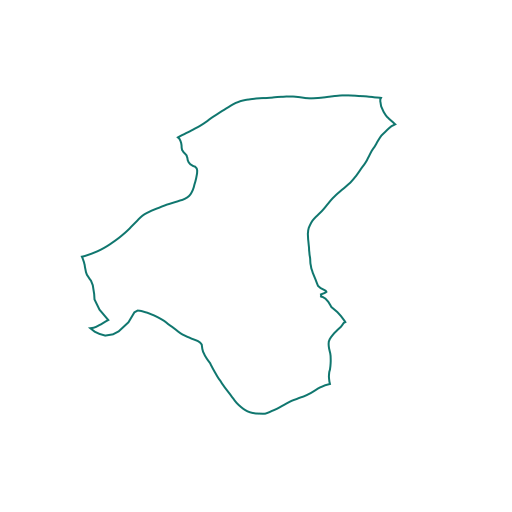 the district of Ghayl bin Yamin, Hadramawt, Yemen, rotated 156°
{"feature_id": "15242507B14142255130537", "entity_name": "Ghayl bin Yamin", "entity_type": "district", "adm_level": 2, "iso_a3": "YEM", "parent_name": "Yemen", "parent_adm1": "Hadramawt", "projection": "mercator", "projection_center": [49.287, 15.382], "detail": "fine", "context": "isolated", "style": "outline", "palette": "teal", "viewbox_px": 512, "rotation_deg": 156, "n_neighbors": 0, "source": "geoboundaries", "source_scale": "gbopen_adm2", "svg_char_len": 6066}
<svg xmlns="http://www.w3.org/2000/svg" viewBox="0 0 512 512"><g transform="rotate(156 256 256)"><path d="M415.3,326.2L415.3,324.9L415.5,322.4L415.7,320.1L416.0,318.7L416.1,317.8L416.8,315.3L417.3,313.0L417.5,312.1L417.9,310.4L418.1,307.6L417.7,305.3L417.3,302.7L416.8,300.6L416.8,300.4L417.0,295.7L419.3,287.1L421.2,282.0L420.8,270.6L417.0,257.6L419.6,257.4L422.6,257.0L425.5,256.6L427.3,256.6L428.1,256.5L431.0,256.3L433.5,256.5L435.7,257.1L436.7,257.4L434.1,252.4L430.7,248.5L426.1,244.6L418.5,242.6L412.1,243.0L399.5,247.3L390.0,254.0L386.3,254.3L384.2,253.1L383.3,252.5L382.3,251.7L380.0,249.7L378.5,248.5L377.1,247.1L376.9,246.9L375.3,245.2L373.6,243.5L373.0,242.8L371.9,241.5L370.5,239.8L368.9,237.7L368.1,236.6L367.5,235.8L366.2,233.9L365.0,231.7L364.0,229.6L362.6,227.2L361.4,225.3L360.3,223.3L359.2,221.3L358.1,219.1L357.9,218.7L356.4,216.1L355.1,214.2L353.8,212.7L352.2,210.8L351.7,210.2L350.0,208.5L348.5,206.7L346.9,205.2L345.1,203.4L344.7,203.0L343.6,201.8L342.3,199.7L342.0,198.7L341.6,197.2L342.9,192.7L342.9,192.4L343.3,190.2L343.2,187.7L343.2,186.1L343.1,185.1L342.7,182.2L342.2,179.7L341.5,176.7L341.5,174.7L341.4,173.6L341.2,170.5L340.9,167.2L340.6,164.4L340.4,162.3L340.3,161.5L339.9,158.8L339.3,156.3L339.0,153.9L339.0,153.7L338.5,151.3L338.1,149.2L338.0,148.7L337.2,145.4L336.5,142.5L335.9,140.1L335.5,138.1L335.3,137.0L334.7,134.8L334.3,132.7L333.5,129.8L332.4,126.9L331.1,124.1L329.8,121.6L328.5,119.6L327.0,117.6L325.2,115.8L323.1,114.1L321.7,113.2L320.6,112.4L318.6,111.4L316.1,110.2L314.3,109.3L313.7,109.0L311.7,108.2L309.5,108.0L307.0,107.9L304.5,108.0L302.5,107.9L301.7,107.9L299.0,107.9L296.2,108.1L293.4,108.4L292.0,108.5L290.6,108.6L288.8,108.8L287.6,108.9L284.8,109.1L282.4,109.2L280.2,109.1L277.0,108.8L274.8,108.8L272.2,108.6L270.8,108.4L269.4,108.3L266.8,108.3L265.9,108.3L264.4,108.4L261.8,108.5L259.4,108.8L257.2,109.1L254.6,109.5L253.6,109.7L250.8,109.9L248.9,109.8L248.0,109.8L245.5,109.8L242.9,109.4L240.5,109.0L240.0,111.5L239.2,114.1L238.4,116.3L237.3,118.4L236.2,120.3L234.6,122.2L233.7,123.7L232.9,125.0L231.6,127.4L230.5,129.6L229.6,131.7L228.5,134.4L227.8,136.8L227.4,139.0L227.1,140.5L226.9,141.6L226.2,144.1L225.4,146.2L224.3,148.2L222.5,150.0L220.4,151.4L218.3,152.5L216.1,153.6L215.9,153.7L214.0,154.4L212.9,154.8L211.7,155.3L209.3,156.1L207.2,156.8L205.2,157.9L203.1,159.2L201.3,159.3L201.5,160.8L202.1,163.4L202.8,166.5L203.7,169.3L204.5,171.7L205.6,174.0L206.8,176.5L207.9,178.7L208.1,181.0L208.6,184.8L209.9,188.8L211.7,191.4L212.0,191.6L212.8,192.2L213.0,192.3L213.0,192.5L212.9,192.5L212.7,192.5L212.6,192.8L212.5,193.6L212.3,194.5L208.7,194.3L207.2,194.4L206.3,194.6L206.3,195.1L206.5,195.9L207.3,197.0L210.1,200.5L211.5,203.5L211.4,206.6L211.2,209.9L211.0,216.7L211.0,217.4L210.7,219.7L210.5,222.2L210.4,222.6L209.8,224.9L209.5,226.3L209.2,227.4L208.6,229.0L208.2,230.0L207.8,231.0L207.3,232.5L206.7,234.9L206.3,236.2L206.0,237.0L205.1,239.8L204.2,242.0L203.2,245.1L202.3,247.8L201.6,250.0L199.6,255.2L199.0,256.2L197.9,258.2L196.3,260.3L194.3,262.1L192.0,264.0L189.9,265.4L187.8,266.4L185.4,267.4L183.0,268.2L182.6,268.4L180.4,269.2L177.7,270.2L174.8,271.5L172.6,272.6L170.1,273.9L168.0,274.9L167.7,275.1L165.1,276.4L162.4,277.6L160.2,278.4L158.1,279.2L156.0,279.9L152.9,280.8L150.7,281.5L148.2,282.1L145.3,283.0L142.5,283.9L140.1,284.6L137.0,286.0L134.9,287.0L134.4,287.3L131.7,288.6L131.4,288.8L129.2,290.1L126.7,291.6L124.5,293.0L122.6,294.1L120.0,295.5L118.1,296.7L115.9,298.2L113.9,299.9L112.2,301.2L111.5,301.8L109.8,303.2L107.5,305.0L105.3,306.4L103.2,307.6L101.4,308.9L100.4,309.6L99.2,310.6L96.9,312.2L94.5,313.8L92.3,315.1L91.7,315.3L90.1,315.9L87.8,316.7L84.7,317.9L82.0,318.8L79.4,319.5L76.8,319.6L75.3,319.7L75.5,320.1L76.5,322.6L77.5,324.7L78.7,327.3L79.1,328.5L79.6,329.5L80.2,331.7L80.6,334.4L80.8,336.0L80.8,336.7L80.8,339.2L80.8,341.8L80.2,344.2L79.9,345.2L79.6,346.6L78.7,348.6L77.5,349.6L78.3,350.1L80.3,351.2L83.0,352.6L85.8,354.4L86.1,354.5L88.1,355.6L90.2,356.9L92.5,358.1L95.3,359.5L96.8,360.2L97.5,360.6L100.0,362.0L106.6,365.3L108.7,366.2L111.5,367.5L114.5,368.6L117.0,369.4L119.5,370.3L121.3,370.8L122.5,371.2L123.3,371.4L125.5,372.1L128.7,373.0L129.6,373.3L131.5,373.9L134.2,374.8L139.3,376.7L141.5,377.6L142.8,378.2L143.8,378.7L144.9,379.3L146.3,380.0L149.1,381.8L151.8,383.5L154.4,385.0L156.7,386.3L158.8,387.3L159.8,387.7L160.9,388.2L163.0,389.2L166.4,390.4L168.5,391.3L170.9,392.2L171.6,392.5L173.1,393.0L175.2,393.7L177.1,394.2L177.3,394.3L179.5,395.1L182.3,396.1L184.8,397.2L187.1,398.1L189.3,398.9L191.7,399.8L193.9,400.4L196.4,401.2L199.3,402.0L200.1,402.3L202.0,402.8L204.9,403.4L207.1,403.8L209.8,403.9L212.5,404.1L213.4,404.0L215.3,403.9L218.0,403.6L220.5,403.2L223.3,402.9L225.6,402.5L227.8,402.3L228.5,402.2L231.0,401.8L232.8,401.5L233.3,401.4L235.9,401.0L238.1,400.7L240.5,400.3L243.3,399.7L245.5,399.1L247.7,398.7L249.8,398.3L252.5,397.9L254.7,397.6L256.9,397.4L259.1,397.3L260.8,397.2L261.3,397.1L262.9,397.0L264.6,396.9L265.3,396.8L267.5,396.7L269.7,396.7L272.0,396.5L274.5,396.5L277.0,396.3L279.1,396.1L278.3,394.3L278.2,392.0L278.4,389.7L279.0,387.4L279.9,385.1L280.4,382.9L280.0,380.7L280.0,380.4L279.2,378.3L278.5,376.1L278.7,375.1L278.8,373.6L279.4,371.3L279.4,369.0L278.7,366.5L277.9,365.4L277.1,364.1L275.5,362.5L275.3,362.4L274.6,360.2L274.6,359.8L275.0,357.9L275.8,356.3L276.2,355.5L277.5,353.6L279.1,351.3L281.2,348.6L283.2,346.3L284.9,344.1L286.9,342.0L288.8,340.4L289.2,340.1L290.6,339.1L292.6,338.1L294.1,337.7L294.8,337.5L297.6,337.2L299.3,337.2L300.5,337.2L302.7,337.6L305.5,337.8L308.5,338.2L311.1,338.5L313.8,338.8L316.5,339.2L319.1,339.3L321.9,339.5L324.9,339.5L327.3,339.7L330.0,339.8L333.0,339.9L335.2,339.8L338.1,339.7L340.8,339.5L343.4,339.0L345.7,338.3L348.2,337.4L349.1,337.0L350.2,336.5L353.1,335.4L355.7,334.4L358.3,333.4L360.3,332.5L363.4,331.4L366.1,330.5L369.2,329.6L371.3,329.0L373.5,328.4L375.7,327.9L378.9,327.2L381.6,326.7L384.6,326.1L387.9,325.6L391.3,325.2L395.2,324.9L398.8,324.8L399.2,324.8L405.4,325.0L407.8,325.2L410.1,325.4L412.3,325.6L414.5,326.0L415.3,326.2Z" fill="none" stroke="#0f766e" stroke-width="2"/></g></svg>